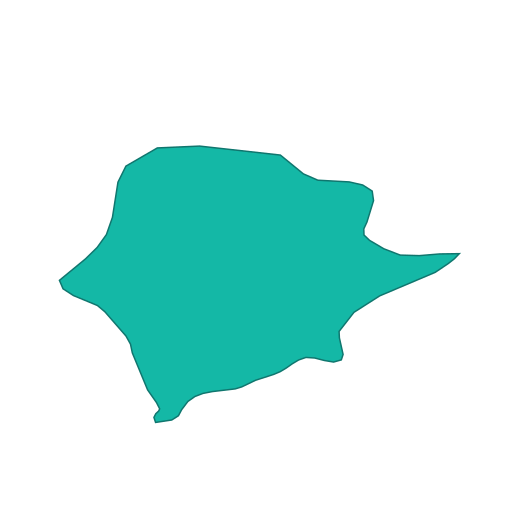 the border of Tarlac, rotated 73°
{"feature_id": "PHL-2556", "entity_name": "Tarlac", "entity_type": "Province", "adm_level": 1, "iso_a3": "PHL", "parent_name": "Philippines", "parent_adm1": "", "projection": "equal_earth", "projection_center": [120.579, 15.519], "detail": "fine", "context": "isolated", "style": "filled", "palette": "teal", "viewbox_px": 512, "rotation_deg": 73, "n_neighbors": 0, "source": "natural_earth", "source_scale": "10m", "svg_char_len": 980}
<svg xmlns="http://www.w3.org/2000/svg" viewBox="0 0 512 512"><g transform="rotate(73 256 256)"><path d="M380.5,400.8L377.5,397.9L375.8,394.4L374.0,392.8L367.1,394.0L352.3,398.8L312.5,402.6L303.6,401.8L294.6,403.7L265.2,416.8L257.0,422.1L240.5,442.1L231.0,450.1L221.8,451.1L208.9,419.9L201.4,405.4L191.8,392.8L177.1,382.0L145.0,366.4L132.0,354.1L123.8,318.8L134.4,277.8L166.6,203.2L191.3,186.7L201.6,174.7L212.4,145.2L219.3,133.2L227.9,125.9L237.4,127.4L256.0,140.0L261.6,145.0L267.5,146.6L274.3,142.8L286.5,131.6L297.3,117.8L303.4,99.7L307.7,79.9L313.2,60.9L316.6,67.0L319.4,74.2L324.0,89.3L330.3,149.4L338.5,178.8L352.4,198.6L358.7,200.2L375.6,201.5L380.3,204.8L380.1,212.8L375.9,221.2L370.7,229.7L367.6,237.9L367.9,245.6L369.7,252.9L372.0,259.9L373.7,266.8L374.4,273.7L374.7,292.8L377.0,307.9L377.0,314.7L372.9,337.3L371.9,346.9L372.5,355.5L375.2,363.7L381.2,372.0L386.1,376.9L388.2,384.5L385.8,400.7L380.5,400.8Z" fill="#14b8a6" stroke="#0f766e" stroke-width="1.5"/></g></svg>